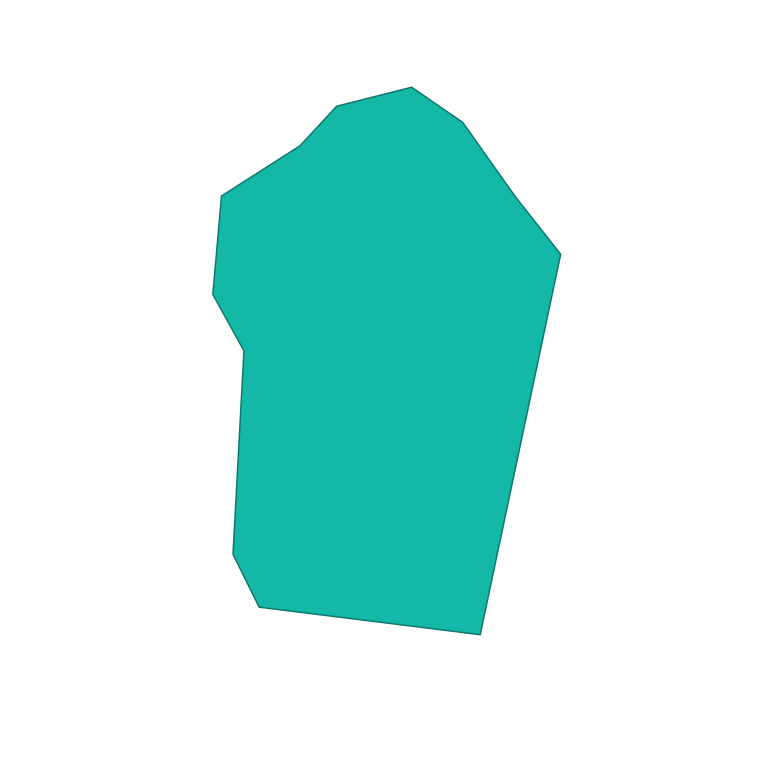 SVG path tracing the border of Gaborone, rotated 151°
{"feature_id": "BWA-5501", "entity_name": "Gaborone", "entity_type": "City", "adm_level": 1, "iso_a3": "BWA", "parent_name": "Botswana", "parent_adm1": "", "projection": "robinson", "projection_center": [25.92, -24.612], "detail": "fine", "context": "isolated", "style": "filled", "palette": "teal", "viewbox_px": 768, "rotation_deg": 151, "n_neighbors": 0, "source": "natural_earth", "source_scale": "10m", "svg_char_len": 327}
<svg xmlns="http://www.w3.org/2000/svg" viewBox="0 0 768 768"><g transform="rotate(151 384 384)"><path d="M166.6,411.8L421.4,118.1L601.4,249.3L598.6,308.3L490.4,480.9L490.3,545.3L435.0,627.2L341.9,633.1L290.7,649.9L216.0,630.2L188.3,574.6L178.3,483.9L166.6,411.8Z" fill="#14b8a6" stroke="#0f766e" stroke-width="1.5"/></g></svg>